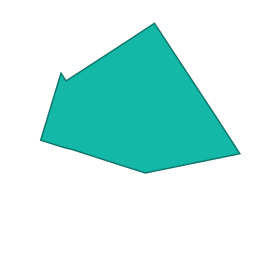 Atascosa, Texas, United States of America (orthographic projection), rotated 147°
{"feature_id": "52423323B50957806098426", "entity_name": "Atascosa", "entity_type": "district", "adm_level": 2, "iso_a3": "USA", "parent_name": "United States of America", "parent_adm1": "Texas", "projection": "orthographic", "projection_center": [-98.513, 28.932], "detail": "fine", "context": "isolated", "style": "filled", "palette": "teal", "viewbox_px": 256, "rotation_deg": 147, "n_neighbors": 0, "source": "geoboundaries", "source_scale": "gbopen_adm2", "svg_char_len": 339}
<svg xmlns="http://www.w3.org/2000/svg" viewBox="0 0 256 256"><g transform="rotate(147 128 128)"><path d="M48.8,201.4L87.0,201.2L154.3,201.2L154.4,210.4L207.9,165.3L192.0,146.1L186.8,140.7L155.1,101.7L137.9,80.8L130.1,77.8L120.5,74.0L53.9,47.8L48.2,45.6L48.1,87.0L48.8,201.4Z" fill="#14b8a6" stroke="#0f766e" stroke-width="1.5"/></g></svg>